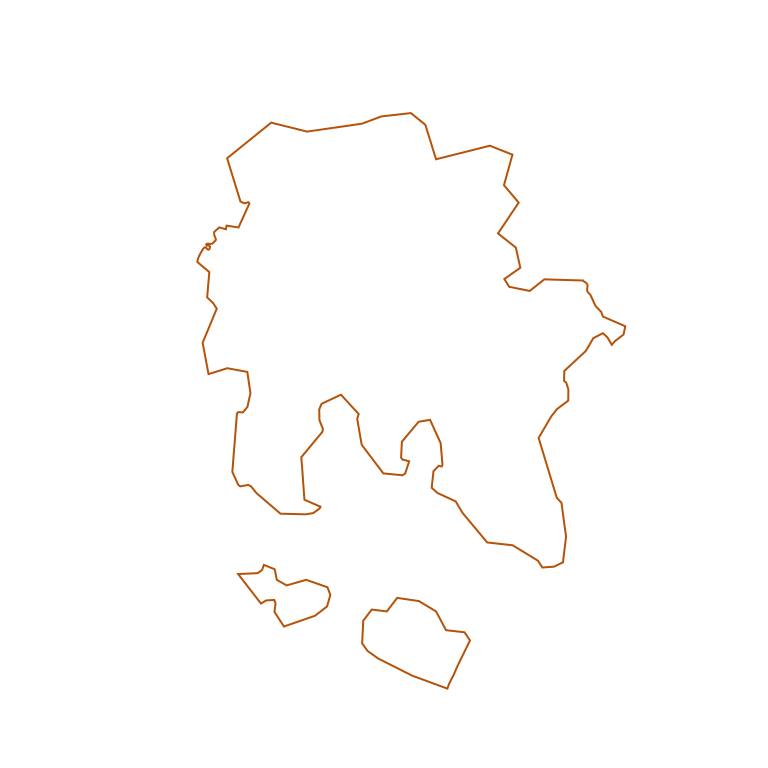 Somerset, Maryland, United States of America (Robinson projection), rotated 295°
{"feature_id": "52423323B97218068880690", "entity_name": "Somerset", "entity_type": "district", "adm_level": 2, "iso_a3": "USA", "parent_name": "United States of America", "parent_adm1": "Maryland", "projection": "robinson", "projection_center": [-75.835, 38.105], "detail": "fine", "context": "isolated", "style": "outline", "palette": "amber", "viewbox_px": 768, "rotation_deg": 295, "n_neighbors": 0, "source": "geoboundaries", "source_scale": "gbopen_adm2", "svg_char_len": 2832}
<svg xmlns="http://www.w3.org/2000/svg" viewBox="0 0 768 768"><g transform="rotate(295 384 384)"><path d="M318.8,220.8L324.3,226.8L332.0,235.2L332.1,235.4L337.2,255.0L336.9,255.2L319.3,266.8L305.5,269.9L298.6,268.1L296.9,263.8L295.1,263.2L240.2,283.7L230.9,294.7L230.5,297.0L235.2,303.7L235.1,305.3L235.0,306.2L235.0,306.8L231.2,314.6L222.7,345.0L232.9,368.3L237.2,374.5L244.1,378.3L245.9,378.3L245.5,360.8L258.9,353.3L275.7,344.0L276.4,343.5L282.6,340.0L302.2,345.1L314.7,348.4L317.4,347.7L323.9,340.8L329.0,338.3L333.6,336.0L339.7,335.8L356.1,349.5L346.5,372.8L346.1,373.7L341.0,374.5L319.6,389.4L318.2,391.9L311.9,403.8L302.7,421.2L309.1,439.3L311.8,441.0L314.4,440.7L324.6,439.5L323.3,432.6L324.5,430.6L339.3,424.6L364.3,431.3L364.5,431.5L371.0,440.9L357.8,456.3L354.4,460.3L353.7,460.7L346.4,464.9L335.8,471.0L335.6,471.1L333.6,471.2L333.0,468.2L325.9,465.7L313.8,469.8L310.1,471.1L307.8,478.6L307.9,498.6L300.4,509.6L284.0,544.5L292.2,568.7L290.2,586.6L288.9,598.2L284.6,605.1L290.3,615.3L298.1,621.6L301.2,620.5L322.7,613.5L328.8,609.5L334.4,605.9L351.3,595.1L353.9,588.7L364.8,578.9L376.3,568.6L400.5,546.9L407.6,547.6L425.5,549.3L428.7,550.1L434.4,551.4L446.8,558.0L447.3,557.8L457.0,553.4L462.3,548.5L462.9,545.9L472.0,541.9L499.4,553.0L513.9,554.3L520.6,559.4L522.6,560.9L520.6,566.9L515.8,573.9L520.4,575.2L530.1,580.2L538.3,578.3L537.6,554.0L541.2,550.3L544.1,542.7L547.7,538.5L548.5,537.6L552.0,533.4L553.5,529.6L555.2,528.2L559.4,526.9L561.0,524.8L561.7,520.4L561.8,520.4L546.6,485.1L529.9,476.7L525.0,456.4L530.0,448.7L547.0,458.4L563.4,445.8L568.6,423.7L605.3,429.4L614.9,408.7L646.1,403.5L644.7,379.2L609.7,336.2L636.4,311.9L640.9,293.9L625.4,268.5L610.6,254.0L580.2,207.5L573.2,171.3L522.3,146.4L488.7,176.8L488.7,181.1L491.5,184.3L490.7,185.7L464.4,186.0L461.0,174.4L457.4,175.3L456.3,168.5L450.2,165.9L449.0,166.2L447.2,167.3L444.2,170.4L443.0,170.7L438.7,169.1L437.6,167.5L436.9,165.3L436.0,164.0L435.2,163.9L434.6,165.0L435.3,166.5L435.4,167.6L434.9,168.3L432.7,168.8L431.6,168.2L431.4,167.1L432.4,164.9L432.2,163.8L431.6,163.4L430.1,163.0L426.4,162.6L422.4,162.3L418.8,162.5L415.7,163.3L411.6,178.4L387.8,187.1L385.1,195.0L381.6,200.6L344.7,202.2L318.8,220.8ZM187.9,570.3L193.0,561.9L187.1,544.3L199.9,527.3L202.0,507.3L195.7,486.3L179.1,482.7L174.4,468.2L161.9,465.5L160.8,465.2L139.7,473.8L135.1,481.9L132.7,495.0L132.5,502.5L131.8,525.1L131.6,533.3L134.7,570.2L139.6,569.7L139.9,569.7L151.3,570.1L152.0,570.0L159.2,569.8L159.8,569.8L160.6,569.8L175.8,570.1L187.9,570.3ZM133.0,365.3L138.0,368.6L140.8,373.8L141.9,375.8L139.4,378.4L134.1,380.1L131.2,381.0L121.9,395.8L122.9,396.8L144.8,419.4L158.3,426.4L170.2,424.5L175.9,418.6L173.6,396.2L160.3,380.8L161.2,369.6L169.9,363.3L169.3,351.6L163.9,352.1L160.7,350.3L159.2,349.5L150.1,332.1L133.0,365.3Z" fill="none" stroke="#b45309" stroke-width="2"/></g></svg>